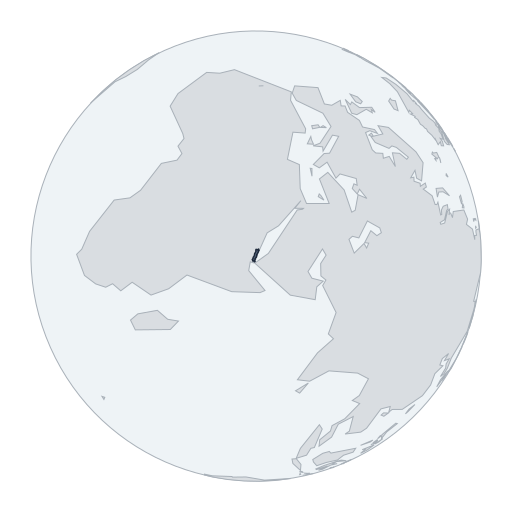 globe centered on Debubawi Keyih Bahri, rotated 66°
{"feature_id": "ERI-1565", "entity_name": "Debubawi Keyih Bahri", "entity_type": "Region", "adm_level": 1, "iso_a3": "ERI", "parent_name": "Eritrea", "parent_adm1": "", "projection": "orthographic", "projection_center": [41.929, 13.658], "detail": "fine", "context": "on_globe", "style": "filled", "palette": "slate", "viewbox_px": 512, "rotation_deg": 66, "n_neighbors": 0, "source": "natural_earth", "source_scale": "10m", "svg_char_len": 10371}
<svg xmlns="http://www.w3.org/2000/svg" viewBox="0 0 512 512"><g transform="rotate(66 256 256)"><circle cx="256" cy="256" r="225" fill="#eef3f6" stroke="#a8b0b8"/><path d="M207.2,36.1L206.9,36.1L203.2,37.0L207.2,36.1ZM191.6,40.1L194.5,39.3L187.4,41.5L182.8,43.0L183.5,42.7L191.6,40.1ZM163.6,50.5L162.1,51.2L154.6,55.0L147.7,58.5L144.2,60.5L149.1,58.3L134.7,66.8L122.5,76.3L119.0,78.8L115.1,80.7L118.3,77.7L132.7,67.5L147.8,58.4L163.6,50.5ZM103.9,89.8L103.5,90.2L106.0,88.1L102.6,91.2L101.4,92.1L103.9,89.8ZM30.8,261.7L33.2,274.5L37.3,288.6L39.1,302.0L39.5,313.9L48.6,343.9L49.0,344.9L42.9,328.9L37.9,312.5L34.3,295.8L31.9,278.8L30.8,261.7ZM216.6,34.2L214.9,34.5L213.6,34.7L210.9,35.3L216.6,34.2ZM211.7,35.1L213.6,34.9L209.8,35.7L207.9,35.9L211.7,35.1ZM197.4,39.4L199.3,38.6L202.8,37.8L197.4,39.4ZM214.5,34.8L215.8,34.5L217.4,34.2L217.8,34.3L214.5,34.8ZM231.0,32.1L230.5,32.2L233.6,31.8L236.0,31.6L235.7,31.7L228.6,32.4L231.5,32.1L225.8,32.8L230.5,32.2L231.0,32.1ZM222.9,33.7L213.8,35.3L209.4,36.7L206.2,37.3L213.9,35.0L222.9,33.7ZM225.1,33.1L223.0,33.5L220.1,33.9L219.7,33.8L225.1,33.1ZM238.0,31.6L240.3,31.3L241.8,31.2L238.0,31.6ZM222.2,34.0L224.5,33.6L222.3,34.0L222.2,34.0ZM233.8,32.1L234.5,31.9L236.1,31.8L233.8,32.1ZM228.4,33.3L225.4,33.7L225.0,33.5L228.4,33.3ZM231.4,32.7L233.5,32.6L226.7,33.2L231.4,32.6L231.4,32.7ZM235.3,32.0L236.5,31.9L234.8,32.2L235.3,32.0ZM231.5,34.0L223.0,34.8L222.2,34.3L230.6,33.5L231.5,34.0ZM351.3,51.9L353.8,53.1L361.0,56.7L362.3,57.4L370.0,63.4L385.9,75.6L386.5,74.2L392.1,77.6L410.7,93.7L428.7,119.1L436.3,126.8L440.1,132.3L441.1,136.5L435.5,128.3L431.9,126.2L428.5,121.3L428.2,126.4L423.4,119.7L425.5,127.5L430.3,132.4L432.3,129.9L436.2,140.4L444.8,148.9L451.3,160.8L455.6,184.8L451.6,194.0L452.6,198.2L448.1,194.6L446.5,204.0L458.3,225.0L459.5,231.9L454.9,247.0L454.0,242.0L442.2,232.5L443.1,249.2L452.2,260.6L455.4,275.8L449.8,272.5L446.2,259.2L441.9,255.5L440.8,241.1L433.0,221.3L427.2,226.8L425.5,218.4L413.9,203.2L404.3,210.8L390.6,236.1L392.2,257.9L385.9,268.5L369.5,239.2L363.1,218.9L356.6,221.6L340.2,205.8L310.1,207.1L306.4,201.9L300.6,204.8L289.2,200.0L283.7,191.6L276.6,192.4L291.3,214.8L299.0,214.0L306.3,204.8L308.9,213.0L320.0,219.7L305.7,240.6L262.0,260.0L258.7,243.7L230.7,199.6L232.2,194.7L232.1,194.1L231.8,193.2L228.2,201.1L223.7,192.5L237.6,223.1L239.4,236.4L261.3,261.0L259.0,263.6L266.4,268.6L291.2,261.8L291.1,267.2L278.7,292.7L245.3,326.8L250.4,349.1L249.0,367.8L229.6,379.8L232.8,393.7L223.0,398.3L223.4,406.0L216.3,413.8L204.0,420.6L181.5,419.2L178.9,412.4L165.8,398.0L147.2,362.8L151.6,347.5L149.0,334.7L132.9,304.8L136.3,289.2L132.3,282.0L123.9,282.6L119.4,274.0L114.4,273.1L84.2,273.5L75.9,261.2L68.2,226.4L74.3,214.7L77.0,199.9L120.4,157.0L127.8,161.1L160.0,158.9L163.7,161.1L157.9,171.9L180.5,188.0L190.1,179.2L212.4,188.2L228.6,188.5L237.8,167.8L211.4,166.7L208.8,156.4L231.5,148.6L254.9,150.7L254.6,146.8L241.5,137.8L248.5,131.3L237.1,134.3L240.5,138.3L233.5,140.6L229.9,137.2L232.5,134.8L226.0,132.9L215.2,145.9L217.4,151.3L199.2,152.9L201.2,162.3L195.7,166.4L190.1,152.1L192.0,147.0L180.3,131.8L176.7,137.0L187.5,152.1L183.4,150.7L178.6,159.0L179.0,151.6L168.2,134.8L152.8,136.8L130.3,155.9L122.0,156.7L116.3,151.5L127.4,130.9L144.9,131.7L149.1,125.5L148.1,115.7L153.5,117.2L155.2,113.6L162.0,113.9L174.2,106.4L181.5,106.2L188.7,96.3L193.4,95.2L187.8,101.1L187.8,105.7L206.3,106.6L210.6,104.7L213.8,98.4L218.5,99.9L219.2,93.8L231.0,92.3L217.2,89.4L220.6,83.1L229.0,78.9L227.7,76.6L213.9,83.6L210.7,87.1L211.8,90.7L200.8,100.9L193.9,102.3L196.1,90.5L186.6,91.5L192.4,82.7L225.9,67.5L238.7,65.4L254.7,74.2L250.3,77.6L242.4,75.9L247.5,82.9L248.2,79.7L252.0,81.2L256.3,76.5L259.2,77.5L258.2,71.7L262.3,72.3L262.9,76.0L272.6,70.6L281.8,71.4L282.6,69.8L280.8,67.9L293.6,70.6L293.6,69.4L289.4,67.9L286.7,64.7L286.9,60.3L291.3,61.5L291.8,63.2L299.6,69.1L300.3,74.1L302.2,74.3L302.6,70.2L293.1,62.9L292.0,60.1L297.1,63.0L295.2,61.7L296.0,60.7L300.9,60.9L295.6,57.7L298.5,47.4L308.4,47.7L312.7,50.9L319.5,47.3L330.1,49.5L326.2,47.9L326.8,46.1L323.5,45.3L321.7,44.5L321.8,41.2L325.2,42.0L320.8,40.2L318.8,39.7L316.0,38.9L314.3,38.4L333.1,44.3L351.3,51.9ZM103.5,180.0L101.8,184.3L103.5,180.0ZM278.6,164.3L293.3,165.1L288.5,152.2L293.7,151.7L290.1,147.8L288.0,151.3L279.6,140.8L286.6,137.3L285.7,132.0L280.7,131.5L269.3,140.0L281.3,154.7L277.2,159.9L278.6,164.3ZM106.1,87.8L105.3,88.5L104.8,89.0L106.1,87.8ZM107.5,88.5L102.0,93.6L105.4,90.1L103.3,91.6L107.9,86.6L117.5,79.9L112.3,83.6L107.5,88.5ZM116.8,78.9L112.7,82.3L116.8,78.9L116.8,78.9ZM158.1,96.1L159.5,98.5L155.7,102.2L146.4,104.2L151.9,98.6L158.1,96.1ZM162.5,101.1L167.2,89.8L173.2,88.7L169.1,91.1L172.5,91.5L166.8,95.6L167.9,106.4L164.5,110.5L149.2,110.8L156.1,108.2L154.2,105.8L162.5,101.1ZM168.7,68.8L170.9,65.5L181.0,67.1L177.9,70.1L168.4,71.8L166.6,69.3L168.7,68.8ZM179.1,44.5L179.3,44.3L181.0,43.7L182.3,43.4L179.1,44.5ZM198.0,39.1L180.3,45.3L179.5,45.2L170.0,49.7L164.4,51.5L170.8,48.3L159.3,53.5L162.8,51.4L155.2,55.1L170.0,47.9L172.6,46.7L171.8,47.2L176.9,45.5L179.9,44.5L190.4,40.8L198.7,38.2L205.0,36.6L207.3,36.3L206.3,36.7L202.5,37.4L203.9,37.5L197.6,38.9L198.0,39.1ZM230.6,41.9L226.6,41.1L228.4,44.3L222.1,44.6L222.7,44.9L217.3,46.2L211.9,48.6L209.3,48.5L208.3,49.5L204.8,50.7L202.5,52.2L197.1,52.7L193.9,54.7L193.2,53.8L189.1,57.2L189.7,55.0L185.2,56.7L187.0,58.0L163.4,60.0L153.0,63.7L144.1,68.4L146.3,64.7L156.1,58.4L169.1,52.1L178.8,49.5L178.0,48.7L182.4,47.3L181.2,48.5L185.7,46.0L189.0,45.3L200.6,41.6L205.1,39.1L209.5,38.0L209.4,38.7L213.8,37.1L216.5,37.9L219.7,37.2L225.5,37.6L223.4,39.9L227.1,39.1L231.7,39.8L230.6,41.9ZM233.0,34.1L231.9,36.0L227.9,37.3L219.4,36.1L216.2,36.6L210.6,36.6L216.5,34.9L217.5,35.0L219.9,34.8L217.1,35.4L221.2,34.7L222.7,34.9L226.3,34.6L225.0,35.2L233.0,34.1ZM169.1,157.3L172.2,158.0L177.3,158.0L174.4,163.5L169.1,157.3ZM161.4,145.9L164.4,145.4L162.8,152.6L159.6,152.1L161.4,145.9ZM167.4,139.5L164.7,144.9L164.2,141.7L167.4,139.5ZM190.7,100.6L194.0,100.1L193.8,101.6L191.4,103.7L190.7,100.6ZM234.4,53.9L232.8,52.6L234.1,52.1L234.9,48.8L239.6,48.7L241.0,50.7L234.4,53.9ZM232.6,171.2L227.1,175.0L225.0,173.0L227.3,172.1L232.6,171.2ZM198.8,169.3L205.9,172.4L197.9,170.8L198.8,169.3ZM239.7,53.2L239.5,51.8L242.0,52.7L239.7,53.2ZM243.1,48.6L246.2,49.3L240.3,48.3L243.1,48.6ZM323.6,451.6L325.2,453.3L321.6,453.8L323.6,451.6ZM288.3,364.2L274.4,396.3L263.5,396.7L260.8,387.5L265.5,368.2L277.9,362.4L283.9,353.3L288.3,364.2ZM472.5,304.1L473.7,304.0L473.5,305.1L472.5,304.1ZM471.4,301.7L473.1,300.8L470.7,304.1L471.4,301.7ZM473.8,300.5L475.5,297.3L476.3,295.1L475.9,297.3L473.8,300.5ZM470.0,302.6L460.5,306.7L456.1,305.7L457.6,301.6L464.7,299.7L470.0,302.6ZM457.2,301.6L449.8,293.7L435.9,266.7L441.0,265.9L454.7,280.6L454.0,284.1L458.5,290.8L457.2,301.6ZM473.2,275.8L472.3,285.8L467.5,287.3L465.0,286.9L463.4,275.2L464.4,268.5L466.5,267.8L472.2,243.1L474.7,247.1L473.6,257.1L475.5,264.5L473.2,275.8ZM393.3,259.8L399.0,271.9L395.2,274.7L393.3,259.8ZM472.4,227.0L471.5,237.5L471.7,224.1L472.4,227.0ZM471.3,214.8L472.4,219.3L470.6,215.4L471.3,214.8ZM454.4,204.4L452.2,206.4L451.2,203.3L453.3,198.9L454.4,204.4ZM456.3,171.2L460.0,180.4L461.0,183.7L458.1,178.5L456.3,171.2ZM279.7,54.7L273.4,59.0L271.9,63.0L276.0,66.3L267.5,64.0L269.7,57.8L279.7,54.7ZM295.8,47.9L292.1,45.8L295.4,46.0L296.7,46.5L295.8,47.9ZM292.3,47.1L284.6,46.0L283.7,44.4L290.0,45.5L292.3,47.1ZM262.1,48.4L259.9,49.6L257.9,48.7L262.1,48.4ZM440.1,385.8L435.0,392.2L434.3,391.8L439.1,385.2L447.7,367.6L448.4,367.5L453.8,355.0L464.2,339.4L473.1,315.4L473.4,314.9L468.8,330.0L463.1,344.7L456.4,358.9L448.7,372.7L440.1,385.8ZM475.3,302.6L477.6,293.6L478.1,292.2L475.3,302.6ZM481.2,261.5L481.2,260.9L481.3,259.6L481.2,261.5ZM480.1,272.5L479.9,275.1L479.7,273.6L480.1,272.5ZM480.5,270.4L480.7,271.7L480.3,272.7L480.5,270.4ZM476.6,265.9L477.1,271.5L478.7,266.3L477.4,272.9L477.9,281.9L477.2,286.0L476.9,276.1L475.7,287.6L474.9,288.0L475.1,278.8L476.3,266.6L477.1,261.2L479.7,256.8L476.6,265.9ZM480.7,263.0L480.5,256.3L480.6,251.4L480.9,254.7L480.7,263.0ZM478.8,240.7L476.8,233.8L476.1,237.8L476.6,224.8L478.5,233.6L478.8,240.7ZM475.5,224.2L475.0,227.8L474.9,220.5L475.5,224.2ZM474.2,225.3L473.1,220.0L474.1,220.0L474.2,225.3ZM476.1,224.0L474.4,214.5L475.8,219.6L476.1,224.0ZM469.9,208.2L473.8,215.6L470.5,213.7L465.6,196.3L466.6,195.1L469.9,208.2ZM445.5,136.9L442.6,132.6L442.2,131.0L444.4,134.4L445.5,136.9ZM438.3,123.7L441.2,129.3L443.0,134.7L444.6,136.2L449.0,144.1L444.1,137.8L439.5,128.6L438.9,126.0L434.6,119.8L431.5,115.1L425.5,108.1L422.8,104.7L428.0,110.6L438.3,123.7ZM416.5,97.9L420.2,101.8L419.3,101.0L422.9,105.2L411.3,93.2L412.6,94.1L414.0,95.4L416.5,97.9ZM408.9,90.8L407.9,90.1L388.7,75.1L385.0,72.3L400.2,83.2L400.1,83.3L404.6,87.1L408.9,90.8ZM319.9,44.1L317.7,43.1L319.7,43.3L319.9,44.1ZM312.7,40.6L311.9,41.0L310.9,40.1L312.7,40.6ZM310.4,42.4L310.7,41.0L313.1,43.1L310.4,42.4Z" fill="#d9dde1" stroke="#a8b0b8" stroke-width="1"/><path d="M260.6,259.7L259.7,260.1L259.5,260.3L259.3,260.5L259.3,260.8L259.2,260.9L259.1,261.0L258.9,261.0L258.3,260.6L258.1,260.5L257.9,260.5L257.7,260.7L257.2,260.1L257.0,259.6L256.8,259.5L256.6,259.4L256.4,259.3L256.1,259.1L255.9,258.8L255.6,258.1L255.4,257.9L255.2,257.6L254.9,257.4L254.5,257.0L253.8,256.6L253.3,256.3L253.2,256.2L252.9,255.7L252.6,255.1L252.2,254.7L251.8,254.2L251.6,254.1L251.3,254.0L251.0,253.9L250.9,253.9L250.5,253.7L250.3,253.6L250.0,253.3L250.0,253.2L250.3,252.8L250.5,252.4L250.9,251.9L250.9,251.7L250.9,251.4L250.8,251.0L250.8,250.9L251.0,250.9L251.0,251.1L251.3,251.1L251.2,251.2L251.4,251.4L251.5,251.4L251.4,251.5L251.5,251.8L251.8,251.8L252.0,251.8L252.3,252.0L252.6,252.0L253.1,252.1L253.2,252.3L253.3,252.4L253.4,252.5L253.5,252.6L253.7,252.9L253.7,253.0L253.8,253.1L254.0,253.3L254.1,253.5L254.3,253.7L254.4,253.8L254.5,254.1L254.7,254.3L254.8,254.3L255.0,254.7L255.0,254.8L255.3,255.0L255.5,254.9L255.6,255.1L255.8,255.2L256.0,255.2L256.2,255.3L256.2,255.5L256.4,255.6L256.5,255.8L256.7,256.0L256.8,256.0L257.0,256.2L257.0,256.3L257.0,256.2L256.9,256.0L257.0,256.0L257.2,256.3L257.3,256.3L257.4,256.6L257.5,256.8L257.6,257.4L257.7,257.5L257.8,257.8L258.1,257.8L258.2,257.7L258.3,257.7L258.3,257.8L258.5,257.9L258.6,258.1L258.8,258.3L259.0,258.4L259.1,258.5L259.2,258.9L259.2,259.1L259.3,259.2L259.5,259.1L259.6,259.3L259.8,259.3L260.0,259.3L260.1,259.2L260.3,259.1L260.4,259.3L260.5,259.3L260.5,259.5L260.6,259.7Z" fill="#64748b" stroke="#1e293b" stroke-width="1.5"/></g></svg>